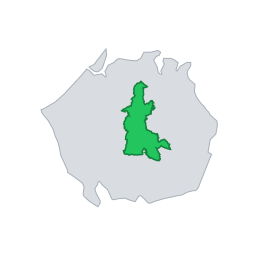 location of Tonkolili, Northern, Sierra Leone, rotated 112°
{"feature_id": "65957751B39959109464342", "entity_name": "Tonkolili", "entity_type": "district", "adm_level": 2, "iso_a3": "SLE", "parent_name": "Sierra Leone", "parent_adm1": "Northern", "projection": "mercator", "projection_center": [-11.945, 8.764], "detail": "fine", "context": "in_parent", "style": "filled", "palette": "green", "viewbox_px": 256, "rotation_deg": 112, "n_neighbors": 0, "source": "geoboundaries", "source_scale": "gbopen_adm2", "svg_char_len": 7105}
<svg xmlns="http://www.w3.org/2000/svg" viewBox="0 0 256 256"><g transform="rotate(112 128 128)"><path d="M212.2,126.3L212.1,128.0L210.5,136.1L207.9,143.1L206.3,144.8L199.2,146.6L196.1,149.7L193.5,159.6L191.8,167.3L189.4,168.6L178.9,179.8L172.1,184.1L167.3,187.7L162.8,192.4L157.1,197.1L151.0,204.8L146.7,212.9L143.7,215.5L141.5,213.2L131.1,205.2L120.1,199.8L96.7,190.9L88.9,188.4L89.2,185.2L91.9,179.4L87.6,172.6L89.2,167.7L87.6,167.7L84.2,170.6L77.1,169.8L72.4,165.5L68.5,164.0L66.8,161.8L64.3,150.6L62.6,145.5L59.0,142.4L51.8,141.6L48.9,134.7L44.9,129.4L45.5,126.1L48.8,126.3L51.3,128.7L55.4,129.7L60.5,123.9L65.0,120.8L66.1,118.1L65.5,116.6L62.8,118.9L55.2,118.3L53.3,120.4L50.0,121.1L47.4,114.3L47.5,110.4L48.6,106.0L56.2,105.3L56.8,103.8L51.5,102.9L44.9,97.8L43.8,94.3L47.0,93.1L50.2,93.7L52.9,94.4L55.8,93.2L58.6,91.2L60.2,88.8L62.5,82.2L69.6,80.0L73.8,75.9L77.8,69.7L79.6,65.2L81.3,63.0L82.3,61.1L83.1,59.0L84.9,57.1L86.8,52.4L88.1,48.2L92.2,46.1L100.6,44.3L108.2,47.4L120.5,44.7L121.1,40.7L132.4,40.7L145.7,40.6L156.8,40.5L160.6,41.6L162.0,44.6L165.6,49.3L169.5,52.5L174.2,59.6L179.7,67.8L185.6,75.3L189.4,79.3L189.9,80.7L189.6,82.3L187.7,86.1L186.1,90.2L186.3,91.7L187.4,92.5L193.6,93.8L194.2,98.3L194.2,104.6L197.2,110.5L200.1,114.8L199.9,116.4L192.9,123.7L190.2,131.1L188.8,133.1L188.2,134.8L189.6,135.5L191.6,135.0L194.3,135.6L196.9,135.9L200.3,133.2L206.0,126.5L207.9,125.7L212.2,126.3ZM86.7,185.6L85.9,187.0L82.1,183.4L62.9,178.0L68.3,175.1L81.7,174.2L85.7,175.9L87.4,177.3L88.1,180.0L86.7,185.6Z" fill="#d9dde1" stroke="#a8b0b8" stroke-width="1"/><path d="M79.9,132.9L79.9,133.3L80.0,133.7L80.4,133.8L80.7,133.6L81.2,133.8L81.7,134.4L82.3,134.4L83.0,136.2L84.3,136.5L86.1,137.3L87.3,137.5L88.7,137.4L89.4,137.1L90.2,137.2L90.8,136.6L91.5,136.3L91.7,136.0L92.3,135.9L92.7,136.1L93.5,135.8L93.9,135.8L94.2,134.9L95.3,134.1L95.4,133.7L96.0,133.9L96.4,133.7L96.8,133.8L97.9,135.0L99.3,135.2L99.4,135.5L99.6,135.5L99.8,135.6L99.8,135.2L100.0,135.1L100.2,134.8L101.0,134.0L102.3,133.7L102.4,133.9L103.2,134.3L103.9,133.8L104.1,133.8L104.6,133.9L105.7,133.4L106.5,133.3L106.8,133.5L106.6,134.0L106.9,134.5L107.3,135.1L108.2,135.3L108.6,135.6L108.5,136.1L108.7,136.5L109.7,136.9L110.6,137.6L111.5,138.1L111.9,138.9L112.6,139.0L113.0,139.3L112.9,139.6L114.0,139.6L114.3,140.3L114.5,140.1L114.1,139.4L114.3,138.5L113.9,137.6L114.2,137.4L114.2,136.9L113.8,137.0L113.6,137.2L113.1,137.1L112.4,135.7L113.6,134.1L113.7,133.1L114.2,132.8L114.1,133.3L114.2,133.5L114.6,133.5L114.8,132.8L115.7,132.6L116.3,131.6L116.3,132.4L116.5,132.6L117.4,133.1L118.2,133.2L118.4,133.4L118.6,133.4L118.9,133.6L119.0,133.5L119.4,133.8L119.7,133.8L120.0,134.0L120.4,133.8L120.5,133.6L120.9,133.3L121.2,133.4L121.8,133.4L122.2,133.6L122.8,133.6L123.7,133.9L124.6,133.3L125.8,133.6L126.2,133.4L126.4,132.7L127.1,132.1L127.6,132.0L127.8,132.1L128.4,131.5L128.8,131.4L129.2,131.5L129.2,131.2L129.4,131.3L129.5,131.1L129.5,130.8L130.2,130.0L130.6,129.8L130.9,129.1L130.7,128.9L131.1,128.9L131.2,128.5L131.2,128.3L131.4,128.1L131.3,127.3L131.1,127.0L131.3,126.4L132.3,126.8L133.7,127.1L137.2,126.8L138.9,126.1L139.5,126.0L139.5,125.9L139.2,125.8L139.3,125.2L139.1,124.4L139.6,123.9L140.0,124.1L140.8,124.1L141.7,123.7L142.3,123.2L144.5,123.5L146.4,122.7L147.8,122.7L148.6,122.4L149.1,122.5L149.3,122.4L149.6,122.6L150.4,122.7L150.5,123.1L150.4,123.3L150.7,123.6L150.8,123.7L151.2,123.4L151.3,123.0L151.6,122.9L151.6,122.6L152.0,122.7L152.2,122.3L152.4,122.4L152.9,122.1L153.1,121.8L153.1,121.3L153.3,121.2L153.0,120.1L152.9,119.8L152.6,118.7L152.4,118.4L152.5,117.4L152.7,117.2L152.5,116.4L151.9,116.2L151.0,114.7L151.1,114.4L150.7,113.5L150.8,113.1L150.6,112.0L150.4,111.7L150.2,111.6L150.0,111.2L150.0,110.8L149.8,110.0L149.4,109.5L149.3,108.9L148.9,108.7L148.9,108.2L148.1,106.7L147.9,105.9L147.3,104.9L146.6,104.5L145.2,105.3L145.1,105.5L145.0,106.0L143.2,106.0L141.8,105.6L141.1,105.7L140.8,105.0L141.2,105.0L141.2,104.5L141.7,104.0L141.8,103.3L142.0,103.3L141.8,103.1L142.1,103.1L142.4,102.6L142.5,102.2L142.8,102.1L143.0,101.8L143.1,102.1L143.6,101.7L143.7,101.8L143.7,102.2L144.1,102.1L144.1,102.3L144.4,102.4L144.5,102.6L144.9,101.1L145.0,101.0L145.2,101.3L145.5,101.5L145.7,101.2L145.9,100.3L146.0,99.5L146.3,99.4L146.5,99.0L146.4,98.9L146.6,98.0L146.7,97.7L146.9,97.9L147.3,97.9L147.2,97.3L147.4,97.2L147.4,96.7L147.7,96.3L147.4,96.1L147.5,95.7L146.9,95.1L147.0,94.6L147.2,94.3L147.2,93.5L147.1,93.3L147.4,92.9L147.4,92.3L147.2,92.2L147.4,91.5L147.2,90.7L147.4,90.0L147.2,89.8L147.2,88.5L147.0,87.8L146.8,87.7L146.5,87.1L146.3,87.3L146.1,86.8L145.7,86.6L145.3,86.9L144.8,86.5L144.6,86.7L144.4,86.6L144.0,87.0L143.5,87.7L143.0,87.8L142.8,88.0L142.6,87.8L142.1,88.3L141.8,88.4L141.7,88.5L141.0,88.7L140.6,88.5L140.2,89.4L139.7,89.7L139.8,90.3L139.1,90.6L137.8,92.2L136.3,93.5L136.0,94.1L135.9,93.3L135.6,92.6L134.6,91.8L133.6,91.2L132.0,90.7L132.2,89.8L132.2,89.5L132.5,88.7L132.4,88.6L132.4,87.6L132.6,86.2L132.4,86.0L132.4,84.1L132.2,82.6L132.2,81.5L131.9,80.6L130.5,81.9L130.1,83.2L127.5,83.3L127.5,85.2L127.0,85.6L126.6,85.8L126.1,86.6L126.3,87.5L125.4,88.2L125.2,88.7L125.0,90.2L125.4,91.0L126.2,91.1L126.4,91.4L126.4,92.0L126.6,92.4L127.4,92.9L128.1,93.0L129.3,93.6L129.4,93.9L129.1,94.0L129.1,94.8L128.8,94.7L128.5,94.8L128.4,95.3L128.2,95.4L127.9,95.9L127.4,96.0L127.3,96.4L126.6,96.2L126.1,95.5L126.2,96.0L125.9,95.9L125.5,95.9L125.5,96.1L125.7,96.5L125.2,97.2L125.0,97.3L124.5,97.0L123.7,97.4L123.3,97.8L123.7,98.1L123.4,98.6L122.9,98.6L122.4,98.7L122.8,99.3L122.9,99.6L123.3,99.8L123.1,100.1L123.4,100.3L123.2,101.7L123.3,102.5L123.5,102.9L123.6,104.0L123.3,104.0L123.1,104.6L122.6,105.0L122.8,105.3L122.6,106.0L122.7,106.6L122.5,106.9L122.7,108.2L122.6,108.6L122.9,109.1L122.7,109.6L122.4,109.5L122.4,110.2L121.9,110.5L121.6,111.1L121.2,111.0L121.0,111.4L120.7,111.3L119.2,112.2L118.8,112.6L116.3,113.8L116.1,114.7L115.9,115.2L115.5,115.3L115.1,115.1L114.7,115.1L114.7,114.8L114.6,114.7L114.2,115.3L113.8,115.2L113.9,114.7L113.7,114.6L113.2,114.6L112.8,114.9L112.6,114.4L112.8,114.0L112.6,113.8L112.0,113.9L111.9,114.5L112.1,115.0L111.6,115.1L110.9,115.5L110.4,115.6L110.1,116.1L109.9,116.2L109.7,116.2L109.1,114.6L108.5,113.9L107.5,113.6L106.2,111.8L106.0,111.7L105.7,111.9L105.0,112.8L104.6,112.8L104.4,112.5L104.2,112.5L103.8,112.8L103.8,113.3L103.5,113.3L102.4,112.6L101.6,111.5L101.4,111.9L101.5,112.6L101.3,113.1L101.0,113.4L100.6,113.5L100.4,113.1L100.9,112.8L100.9,111.8L101.2,111.4L100.8,111.1L100.6,111.2L100.0,111.6L99.7,111.3L99.5,110.7L99.1,110.7L98.9,111.0L98.7,111.9L98.0,112.8L98.6,113.2L98.4,113.6L98.1,113.7L97.4,113.0L97.4,113.5L96.4,114.3L95.8,114.5L95.2,114.2L95.0,113.7L94.6,114.1L94.7,114.5L94.2,115.2L94.4,115.8L93.7,115.9L94.0,116.8L94.3,117.1L95.4,117.5L96.0,117.6L96.7,118.1L97.8,117.9L97.9,119.4L98.3,120.0L99.3,120.4L99.9,121.2L99.6,121.4L99.3,122.2L98.2,122.8L98.1,123.1L97.6,122.9L97.3,123.0L95.2,125.1L94.2,125.6L92.7,126.0L91.2,126.0L88.1,127.6L86.2,128.1L86.0,128.9L85.6,129.3L84.5,128.5L84.2,127.4L83.9,127.4L83.7,127.2L83.5,126.5L82.5,125.6L81.9,127.0L81.5,129.7L80.8,130.9L80.7,132.5L80.5,132.8L79.9,132.9Z" fill="#22c55e" stroke="#15803d" stroke-width="1.5"/></g></svg>